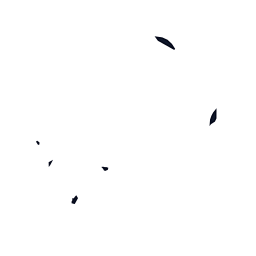 map outline of Lhaviyani (Natural Earth projection), rotated 308°
{"feature_id": "MDV-5229", "entity_name": "Lhaviyani", "entity_type": "Atoll", "adm_level": 1, "iso_a3": "MDV", "parent_name": "Maldives", "parent_adm1": "", "projection": "natural_earth1", "projection_center": [73.476, 5.394], "detail": "coarse", "context": "isolated", "style": "filled", "palette": "ink", "viewbox_px": 256, "rotation_deg": 308, "n_neighbors": 0, "source": "natural_earth", "source_scale": "10m", "svg_char_len": 728}
<svg xmlns="http://www.w3.org/2000/svg" viewBox="0 0 256 256"><g transform="rotate(308 128 128)"><path d="M216.9,94.4L219.8,99.5L221.1,104.9L220.6,110.6L218.7,116.2L218.7,116.3L215.9,97.9L216.9,94.4ZM195.9,186.3L189.7,191.1L186.6,191.8L182.3,190.3L182.2,190.3L185.6,188.1L189.2,186.9L192.6,186.3L195.9,186.3ZM38.1,128.4L39.1,129.4L40.8,129.2L41.0,129.2L42.1,129.3L41.4,131.1L35.8,132.0L35.7,132.0L34.9,130.1L35.7,129.5L37.4,129.3L38.1,128.4ZM81.4,132.5L81.5,132.6L82.2,134.2L83.3,135.6L83.6,136.6L82.6,137.0L80.7,135.9L80.6,135.0L81.2,133.9L81.4,132.5ZM54.2,88.2L50.8,88.8L50.6,88.8L52.3,87.4L54.2,88.2ZM61.3,64.2L61.3,64.4L61.4,66.7L60.1,67.7L60.0,67.8L61.3,64.2Z" fill="#0f172a" stroke="#020617" stroke-width="1.5"/></g></svg>